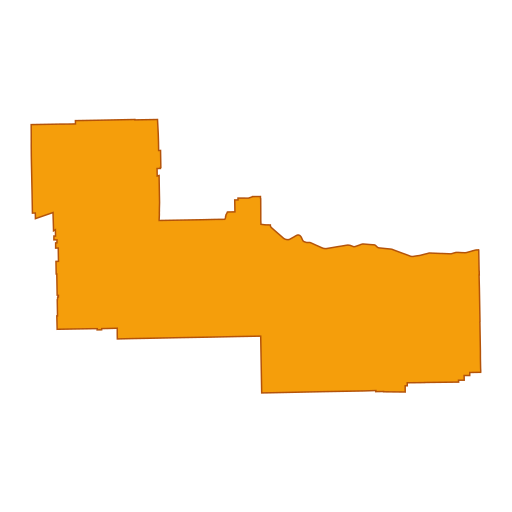 Chittering, Western Australia, Australia, rotated 89°
{"feature_id": "25037944B8066772871928", "entity_name": "Chittering", "entity_type": "district", "adm_level": 2, "iso_a3": "AUS", "parent_name": "Australia", "parent_adm1": "Western Australia", "projection": "albers", "projection_center": [116.041, -31.358], "detail": "fine", "context": "isolated", "style": "filled", "palette": "amber", "viewbox_px": 512, "rotation_deg": 89, "n_neighbors": 0, "source": "geoboundaries", "source_scale": "gbopen_adm2", "svg_char_len": 5290}
<svg xmlns="http://www.w3.org/2000/svg" viewBox="0 0 512 512"><g transform="rotate(89 256 256)"><path d="M253.7,33.3L253.8,34.6L253.8,35.4L253.8,35.8L253.9,36.2L254.0,36.9L254.2,37.6L254.5,39.0L255.1,41.1L256.1,45.0L256.2,45.4L256.3,45.8L256.3,46.2L256.4,46.6L256.4,47.4L256.3,48.0L256.3,48.6L256.2,50.6L256.0,52.9L255.9,54.8L255.9,55.4L255.9,56.0L256.0,56.3L256.1,56.8L256.3,57.4L256.4,58.0L256.8,59.3L257.0,60.1L257.1,60.5L257.2,60.8L257.2,61.1L257.2,61.3L257.2,61.5L257.2,62.0L257.1,63.6L256.7,70.4L256.7,71.2L256.1,81.6L256.0,82.1L256.1,82.7L256.1,83.1L256.2,83.4L256.8,85.8L257.0,86.8L257.7,89.7L258.2,91.7L258.3,92.4L258.4,92.8L258.6,94.8L258.9,97.0L259.2,98.9L259.2,99.2L259.2,99.6L259.2,99.9L259.2,100.2L259.1,100.6L259.1,100.9L259.0,101.3L258.9,101.6L257.9,104.0L256.7,107.1L256.5,107.6L255.8,109.5L252.1,118.9L251.8,119.5L251.6,120.2L251.5,120.6L251.5,120.9L251.4,121.3L250.8,126.5L250.0,133.0L249.9,133.3L249.8,133.7L249.6,134.0L249.4,134.3L249.2,134.6L247.8,136.0L247.3,136.6L247.1,137.0L247.0,137.3L246.9,137.7L246.6,141.1L245.9,148.2L245.9,148.5L245.9,148.8L245.9,149.1L245.9,149.4L246.0,149.7L246.1,150.0L246.1,150.3L246.2,150.7L246.7,151.9L248.3,156.8L248.4,157.0L248.4,157.4L248.4,157.8L248.4,158.2L248.3,158.5L247.4,160.7L247.3,161.1L247.1,161.4L247.0,161.8L246.9,162.1L246.9,162.5L246.8,162.9L246.8,163.3L246.7,163.7L246.7,164.1L246.7,164.5L246.8,164.9L246.8,165.3L247.6,170.5L248.0,173.6L249.0,180.1L249.7,184.8L249.8,185.2L249.8,185.6L249.8,186.1L249.8,186.5L249.8,186.9L249.7,187.3L249.7,187.7L249.6,188.1L249.5,188.5L249.4,188.9L249.2,189.2L249.1,189.6L246.9,194.3L246.1,196.1L245.5,197.3L243.7,201.1L243.6,201.4L243.6,201.6L243.5,201.8L243.4,202.0L243.4,202.5L243.4,202.9L243.4,203.2L243.4,203.8L243.4,204.1L243.4,204.3L243.4,204.6L243.4,204.9L243.4,205.1L243.3,205.4L243.2,205.7L242.6,207.4L242.5,207.7L242.2,208.1L242.0,208.4L241.7,208.7L241.3,208.9L241.2,209.0L240.1,209.5L238.9,210.0L238.6,210.1L238.1,210.4L237.8,210.5L237.3,210.9L236.9,211.2L236.6,211.5L236.3,211.8L236.2,212.0L236.0,212.4L235.9,212.6L235.8,213.0L235.7,213.5L235.8,214.1L235.8,214.4L235.9,214.6L236.0,214.8L236.1,215.0L236.9,216.6L237.3,217.2L238.1,218.7L239.6,221.5L239.9,222.0L240.0,222.2L240.0,222.5L240.1,222.8L240.2,223.0L240.2,223.3L240.2,223.6L240.2,224.1L240.2,224.6L240.1,225.1L239.9,225.8L239.9,226.0L239.7,226.5L239.6,226.8L239.4,227.1L239.3,227.3L239.1,227.6L238.9,227.9L238.7,228.2L237.5,229.5L236.5,230.6L234.7,232.6L233.0,234.5L227.7,240.3L227.4,240.5L227.1,240.7L226.8,240.9L226.4,241.0L226.0,241.1L225.6,241.1L225.2,241.1L225.0,246.3L224.4,250.5L220.4,250.6L214.6,250.5L198.7,250.3L198.5,250.5L196.6,250.5L196.6,252.2L196.5,258.6L196.8,258.8L198.0,262.5L197.8,273.0L199.6,273.0L199.6,276.3L211.5,276.3L211.5,283.7L211.5,283.8L213.2,284.6L214.3,285.3L215.2,285.4L215.4,285.4L215.5,285.6L215.9,285.7L216.1,285.7L216.4,285.8L216.6,285.7L217.4,285.9L217.7,286.0L218.0,286.1L218.5,286.4L218.7,286.6L218.8,286.7L218.7,295.5L218.8,309.0L218.8,326.1L218.8,352.2L218.7,352.2L217.7,352.2L216.2,352.1L214.6,352.0L213.1,351.9L211.7,351.9L210.7,351.9L209.3,351.8L207.7,351.8L203.1,351.6L201.0,351.5L199.6,351.5L198.9,351.5L197.5,351.5L196.7,351.5L195.0,351.5L193.5,351.5L191.7,351.5L190.7,351.5L189.8,351.5L187.6,351.5L186.1,351.5L183.7,351.5L182.2,351.5L181.8,351.5L178.8,351.5L177.8,351.5L177.0,351.5L176.0,351.5L175.4,351.5L175.2,351.5L173.8,351.5L174.3,353.4L174.0,353.4L168.3,353.4L166.8,353.4L166.8,350.1L165.8,350.1L165.8,349.6L157.5,349.6L155.8,349.6L152.7,349.6L148.8,349.6L148.8,351.5L140.4,351.5L140.2,351.5L132.4,351.6L117.8,352.1L117.8,374.7L117.4,374.7L117.5,409.7L117.5,415.5L117.5,434.2L120.8,434.2L120.8,441.8L120.8,442.0L120.8,442.4L120.8,442.5L120.7,450.0L120.7,456.0L120.7,473.3L120.7,478.5L130.7,478.6L135.7,478.7L137.5,478.7L141.4,478.8L141.7,478.8L152.6,478.9L160.0,478.9L190.8,478.8L193.9,478.8L197.9,478.8L201.7,478.8L202.8,478.8L209.2,478.8L209.2,475.9L214.3,475.9L214.8,475.9L214.7,475.6L209.0,458.2L209.4,458.2L217.3,458.1L227.0,458.0L227.3,458.0L226.2,456.1L226.4,456.1L232.6,456.1L232.5,457.7L236.3,457.8L236.3,457.0L236.4,455.5L236.4,454.7L239.4,454.8L239.4,456.1L244.6,456.2L244.6,453.6L246.9,453.6L257.9,453.6L257.9,456.1L263.6,456.1L270.5,456.1L270.5,455.5L285.2,455.5L291.7,455.5L291.9,454.2L293.6,454.3L293.5,455.0L294.0,455.1L295.1,455.1L296.4,455.3L296.4,455.5L296.5,455.5L297.0,455.5L312.4,455.5L312.4,456.2L325.8,456.1L325.8,436.1L325.8,434.6L325.8,429.7L325.8,429.0L325.8,423.8L325.8,421.4L325.9,416.0L327.1,416.1L327.1,411.6L325.9,411.5L325.9,405.6L325.8,396.0L332.6,396.1L336.5,396.1L336.4,381.3L336.4,376.6L336.4,372.5L336.4,372.2L336.4,367.2L336.3,334.2L336.3,301.5L336.2,276.8L336.2,262.8L336.2,252.7L343.0,252.7L353.1,252.7L367.9,252.7L380.9,252.7L393.0,252.7L393.0,244.0L392.8,190.7L392.8,171.4L392.8,150.5L392.6,138.5L393.7,138.6L393.7,130.8L394.0,130.8L394.6,109.2L388.4,109.1L388.4,107.0L385.4,107.0L385.5,89.6L385.4,89.6L385.6,55.6L383.7,55.7L383.8,50.0L379.1,50.0L379.2,44.4L376.2,44.3L376.2,33.4L375.1,33.3L372.1,33.4L361.7,33.4L355.0,33.3L351.6,33.3L349.2,33.3L347.0,33.3L339.8,33.3L336.1,33.3L334.1,33.3L331.8,33.3L326.6,33.3L326.0,33.4L325.9,33.3L325.7,33.2L315.8,33.2L311.2,33.2L304.9,33.2L292.5,33.2L278.8,33.3L278.8,33.1L275.0,33.1L274.9,33.2L254.0,33.2L253.7,33.3Z" fill="#f59e0b" stroke="#b45309" stroke-width="1.5"/></g></svg>